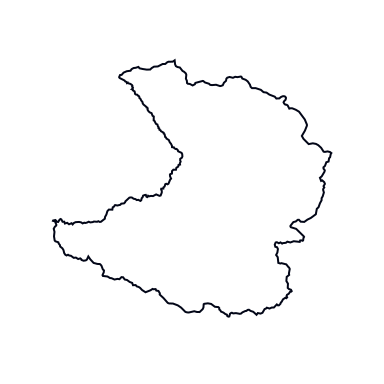 Santa Rosa, Cauca, Colombia, rotated 78°
{"feature_id": "7082276B65287171655445", "entity_name": "Santa Rosa", "entity_type": "district", "adm_level": 2, "iso_a3": "COL", "parent_name": "Colombia", "parent_adm1": "Cauca", "projection": "orthographic", "projection_center": [-76.572, 1.472], "detail": "fine", "context": "isolated", "style": "outline", "palette": "ink", "viewbox_px": 384, "rotation_deg": 78, "n_neighbors": 0, "source": "geoboundaries", "source_scale": "gbopen_adm2", "svg_char_len": 5985}
<svg xmlns="http://www.w3.org/2000/svg" viewBox="0 0 384 384"><g transform="rotate(78 192 192)"><path d="M315.5,121.8L314.8,120.8L313.5,121.2L312.3,120.4L311.7,118.6L310.0,116.8L310.1,115.7L309.7,115.1L308.2,115.5L307.1,117.3L305.7,118.3L301.6,117.2L298.7,118.2L294.7,117.0L293.3,114.2L291.7,114.1L287.6,112.4L286.0,112.8L285.5,113.3L282.4,114.8L280.2,119.3L280.3,120.5L279.3,122.3L273.6,121.7L271.1,122.8L269.0,121.1L265.6,119.8L263.7,120.3L262.9,121.9L260.7,122.0L258.8,120.7L258.7,120.1L258.8,119.4L260.2,117.7L259.7,115.9L261.2,114.6L260.9,113.9L261.2,110.7L260.4,109.1L261.8,106.3L261.3,102.7L263.2,97.0L261.9,96.3L262.0,95.2L262.7,94.0L262.5,93.4L260.1,92.5L259.2,91.7L258.6,91.9L249.7,97.8L247.0,102.6L246.2,102.9L245.5,102.7L242.5,99.1L242.4,96.6L241.2,94.4L241.4,93.2L243.6,91.9L244.6,88.4L243.0,84.8L242.1,81.2L239.5,75.5L234.4,73.4L233.2,71.4L229.5,69.1L227.1,67.0L225.0,66.5L223.5,65.1L219.9,63.1L217.1,63.3L216.0,62.8L215.1,61.7L213.6,62.1L211.7,60.3L209.9,60.6L207.7,62.2L208.0,63.4L204.7,63.9L203.7,61.9L199.7,58.2L198.4,57.6L196.5,58.5L195.2,58.3L194.1,56.5L190.8,54.4L190.6,52.1L187.5,50.9L186.7,49.7L183.7,48.4L182.9,47.6L181.6,48.7L180.5,50.9L180.4,53.7L179.9,54.9L175.6,56.5L172.4,58.8L170.7,60.8L169.5,63.7L169.4,67.9L163.2,71.9L160.0,72.9L155.5,68.8L151.0,65.8L149.9,65.6L144.5,66.6L135.7,70.6L133.1,73.4L131.0,76.5L130.6,78.1L130.7,79.5L127.3,80.4L126.4,81.2L125.9,82.6L124.6,83.5L123.3,83.8L122.5,83.2L121.2,81.3L119.8,80.6L119.2,80.5L118.1,81.0L117.4,82.1L117.2,83.4L117.6,85.3L118.6,87.1L118.1,90.1L116.0,91.2L112.8,96.1L110.3,98.4L109.2,101.3L106.4,103.4L103.6,108.2L102.9,111.7L101.3,112.8L99.1,113.0L95.4,114.5L93.4,116.2L91.5,119.2L89.6,119.7L89.2,120.2L89.1,123.7L88.3,125.8L88.8,128.2L87.3,131.3L87.5,133.7L88.3,134.8L90.3,135.6L91.8,138.1L94.0,139.7L94.3,141.8L94.2,142.6L92.1,146.2L91.6,150.2L91.0,151.9L89.6,152.9L87.6,156.5L85.8,157.9L85.6,158.4L86.0,166.0L87.2,166.8L87.9,169.2L85.9,171.6L85.2,173.6L84.4,174.2L82.1,173.9L79.9,174.4L76.2,173.2L74.7,173.4L72.7,174.8L71.6,176.1L67.7,178.0L66.7,180.3L65.5,181.6L63.6,182.0L59.6,181.6L60.5,183.8L59.7,188.0L60.0,189.4L61.2,191.5L60.7,194.1L62.1,199.3L61.5,203.1L62.4,205.7L63.5,207.4L62.9,210.8L61.5,214.5L60.1,217.6L58.5,218.4L58.8,221.2L58.6,223.4L59.3,225.6L60.6,226.9L60.3,230.7L61.0,234.1L62.8,236.5L62.6,238.0L64.3,239.3L64.8,239.4L65.6,238.9L68.9,234.8L70.0,234.3L70.8,233.1L72.0,233.0L71.8,232.1L72.2,232.1L73.5,229.7L75.0,228.4L75.6,228.2L76.2,228.6L77.4,228.1L77.9,228.7L78.6,228.6L78.9,229.2L79.2,228.5L80.2,228.8L81.7,227.2L84.2,227.3L85.0,226.6L85.5,225.3L86.6,224.8L86.9,224.2L88.3,223.7L89.1,223.9L90.3,223.0L91.8,222.7L93.8,221.7L95.0,221.8L96.3,221.3L99.3,218.9L99.9,218.9L100.3,218.1L101.4,218.0L102.2,218.4L104.1,217.7L105.5,216.6L106.4,215.2L109.3,214.7L110.2,213.7L114.0,214.6L114.4,214.0L117.8,213.1L118.8,211.8L120.9,211.7L121.6,211.2L122.6,211.5L123.1,210.8L124.4,210.9L125.0,210.0L126.1,209.7L128.1,207.4L128.9,207.6L129.8,206.8L132.6,206.8L133.2,206.1L134.4,205.9L136.3,203.9L138.8,203.4L140.5,202.5L142.7,202.0L144.0,202.2L144.6,200.4L145.5,200.2L146.5,199.1L146.7,198.1L148.3,197.1L149.3,197.1L151.5,194.1L152.9,193.7L155.2,194.0L156.3,194.7L157.1,196.6L158.6,197.0L159.9,196.8L161.5,198.0L162.7,198.0L162.8,199.6L164.3,200.2L165.0,202.2L166.9,203.1L166.3,205.6L167.4,207.2L169.8,207.8L170.0,209.6L170.5,210.0L172.2,210.2L174.6,209.7L175.2,210.7L179.0,213.3L179.4,214.3L178.6,215.5L178.8,216.5L181.0,217.7L181.6,219.0L182.7,219.3L182.4,221.4L183.2,221.7L184.6,221.3L186.3,221.7L188.9,223.4L189.0,224.6L186.9,227.6L187.9,231.0L187.3,232.9L187.3,234.8L186.5,235.7L187.5,236.4L187.7,236.9L187.0,237.6L185.2,237.8L185.1,238.8L185.4,240.6L187.0,241.5L187.6,242.5L189.6,243.4L190.0,244.4L188.5,246.1L188.4,247.7L187.2,248.8L186.4,250.6L185.1,251.7L184.6,252.8L184.5,254.4L187.3,259.1L188.2,259.6L189.0,260.9L188.7,263.6L189.6,264.8L189.7,267.8L188.9,269.6L188.9,270.3L190.0,271.2L190.5,272.7L192.7,273.6L191.9,277.0L193.2,278.8L196.2,280.4L198.4,282.3L200.0,282.8L202.2,287.3L202.1,288.5L201.1,289.7L201.4,291.0L200.5,294.1L200.8,295.2L200.6,297.8L199.6,299.2L200.1,301.3L200.1,303.0L199.6,303.8L200.0,305.5L198.7,306.7L197.8,308.7L197.3,312.2L197.8,314.1L198.9,315.5L197.5,316.3L198.0,319.0L196.2,320.5L196.4,322.9L194.5,323.1L194.2,324.8L191.7,325.5L191.1,326.1L191.4,327.1L193.5,329.2L193.1,330.2L191.0,331.4L191.0,333.8L191.3,334.0L192.3,332.1L195.9,331.5L196.6,331.8L197.4,333.3L199.2,334.9L202.4,334.8L206.7,336.2L210.9,336.4L211.8,335.9L213.4,333.2L214.7,333.1L216.5,332.2L217.9,332.3L220.1,330.5L222.1,329.8L225.2,329.7L227.0,329.0L228.0,327.9L227.6,326.3L228.6,325.3L229.2,323.7L231.8,321.4L232.0,319.2L233.9,317.3L233.7,315.1L234.7,314.3L235.5,314.2L236.7,312.3L236.8,310.1L236.3,308.9L233.5,306.8L236.7,305.5L240.9,303.0L242.7,299.5L243.2,297.5L243.6,296.8L245.2,295.9L249.2,295.3L250.4,294.4L252.2,295.0L254.7,296.8L255.6,296.6L257.1,292.2L259.1,290.1L259.6,288.6L261.5,286.0L261.5,282.9L262.2,281.1L260.6,278.7L261.1,277.1L263.6,276.0L264.6,273.8L267.0,271.7L268.5,269.4L270.9,269.1L271.3,266.5L272.8,265.7L273.8,263.9L275.0,262.7L277.5,261.2L280.4,258.3L279.5,253.0L278.6,250.7L279.1,249.9L279.4,247.8L281.0,247.4L281.8,245.4L284.4,244.5L285.6,244.9L289.7,242.0L295.4,238.8L296.3,237.5L297.1,233.9L299.9,229.5L302.8,226.7L307.9,223.4L308.7,221.9L309.2,220.2L309.1,214.6L310.4,212.1L311.0,209.5L308.8,205.9L307.3,204.8L304.2,203.9L303.9,203.3L304.2,199.6L305.5,196.5L309.0,193.5L310.1,190.1L311.1,189.5L312.7,189.7L313.6,188.9L315.0,188.5L316.5,186.3L318.3,184.8L319.2,183.4L320.8,183.2L321.5,182.3L321.5,181.4L319.0,180.1L318.4,178.8L318.4,178.1L319.3,177.0L319.6,174.2L321.1,170.6L321.1,169.3L320.2,167.7L319.5,164.6L319.6,163.5L318.9,162.1L319.0,160.8L320.5,159.4L321.9,157.0L325.5,154.4L324.1,152.8L325.2,150.2L324.8,148.2L321.6,145.3L321.4,143.9L320.7,142.9L322.1,140.4L321.6,138.0L322.0,135.9L319.6,132.4L320.8,131.5L320.9,130.5L319.7,128.7L318.6,128.1L318.0,127.1L315.9,125.3L314.9,122.8L315.5,121.8Z" fill="none" stroke="#020617" stroke-width="2"/></g></svg>